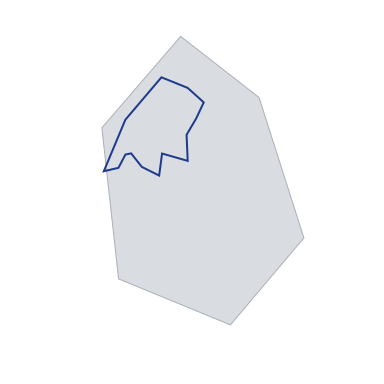 Serravalle highlighted on a map of San Marino, rotated 320°
{"feature_id": "SMR-4886", "entity_name": "Serravalle", "entity_type": "state/province", "adm_level": 1, "iso_a3": "SMR", "parent_name": "San Marino", "parent_adm1": "", "projection": "orthographic", "projection_center": [12.461, 43.967], "detail": "fine", "context": "in_parent", "style": "outline", "palette": "blue", "viewbox_px": 384, "rotation_deg": 320, "n_neighbors": 0, "source": "natural_earth", "source_scale": "10m", "svg_char_len": 486}
<svg xmlns="http://www.w3.org/2000/svg" viewBox="0 0 384 384"><g transform="rotate(320 192 192)"><path d="M248.2,299.1L136.0,318.5L79.9,211.4L164.2,84.9L283.3,65.5L304.1,162.7L248.2,299.1Z" fill="#d9dde1" stroke="#a8b0b8" stroke-width="1"/><path d="M242.3,84.5L255.6,109.5L258.6,130.9L242.6,138.3L224.6,144.7L208.7,165.4L193.8,143.3L177.4,158.3L169.7,140.5L170.2,123.3L165.1,120.5L151.2,126.2L137.8,119.4L187.4,93.8L242.3,84.5Z" fill="none" stroke="#1e3a8a" stroke-width="2"/></g></svg>